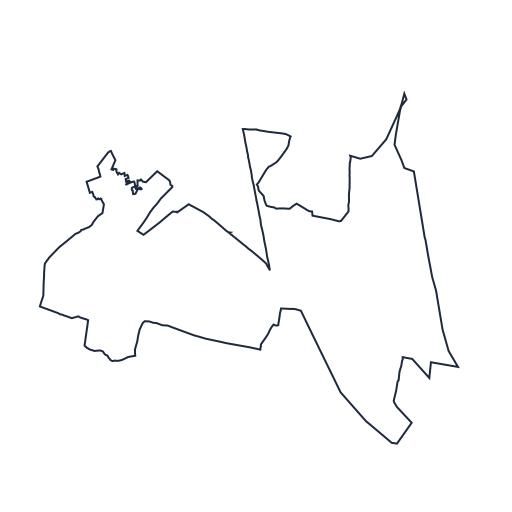 outline of Ixhuatán, Chiapas, Mexico, rotated 5°
{"feature_id": "50627088B63590301456698", "entity_name": "Ixhuatán", "entity_type": "district", "adm_level": 2, "iso_a3": "MEX", "parent_name": "Mexico", "parent_adm1": "Chiapas", "projection": "robinson", "projection_center": [-92.999, 17.305], "detail": "fine", "context": "isolated", "style": "outline", "palette": "slate", "viewbox_px": 512, "rotation_deg": 5, "n_neighbors": 0, "source": "geoboundaries", "source_scale": "gbopen_adm2", "svg_char_len": 6014}
<svg xmlns="http://www.w3.org/2000/svg" viewBox="0 0 512 512"><g transform="rotate(5 256 256)"><path d="M45.1,325.1L63.6,330.1L64.7,330.5L65.6,331.0L66.2,331.3L67.8,331.2L69.9,332.0L72.3,332.5L77.9,334.0L84.4,331.6L86.2,332.6L90.8,333.6L92.2,333.8L93.7,334.4L94.4,334.6L93.0,360.2L93.1,360.3L94.1,361.2L94.5,361.3L95.2,361.9L95.6,362.4L96.4,362.5L97.7,363.3L98.9,363.7L100.6,364.0L103.4,364.7L105.0,364.3L106.7,364.1L108.4,363.7L109.9,363.9L111.3,364.2L112.0,364.7L113.7,366.8L114.9,367.7L116.3,368.0L117.2,368.8L117.6,369.5L117.7,369.9L118.4,370.5L119.2,371.3L120.2,372.4L121.8,373.1L123.1,373.1L124.5,372.4L125.7,372.6L128.6,372.3L132.0,371.0L135.5,368.9L137.0,368.0L138.3,367.5L144.4,365.9L144.2,364.9L143.9,362.8L143.6,359.5L145.1,351.7L145.6,345.4L146.5,339.5L148.9,332.8L150.8,330.7L155.3,330.5L159.6,331.5L162.8,331.5L165.6,332.3L168.4,333.1L170.5,333.1L174.0,333.0L180.4,334.8L201.0,340.4L206.5,341.4L212.8,342.7L227.4,344.5L234.0,345.4L248.6,346.7L257.6,347.5L268.5,348.9L268.5,348.2L268.5,346.5L268.7,346.0L268.6,344.2L268.6,343.7L269.5,342.1L270.1,341.0L272.4,337.1L274.5,333.3L275.1,331.8L276.0,329.3L276.2,328.6L277.1,326.7L277.6,325.7L279.4,322.8L280.8,323.3L282.7,323.5L284.2,323.0L284.2,321.3L284.4,319.8L284.5,317.9L284.7,314.7L284.8,313.3L284.8,312.8L284.8,311.3L285.2,308.8L285.3,308.6L285.5,306.1L293.2,305.8L295.5,305.7L297.7,305.5L299.8,305.5L305.5,306.6L314.9,322.4L329.6,346.9L352.2,384.5L379.8,410.8L407.5,430.3L412.8,430.6L425.6,408.6L425.3,408.3L409.1,393.7L408.8,393.0L406.6,390.1L405.8,388.3L406.9,380.9L407.3,378.7L408.0,369.0L408.5,367.8L408.9,367.5L409.0,359.8L409.2,357.9L410.4,352.1L410.6,348.3L411.2,346.1L410.9,344.0L420.6,344.9L439.3,362.4L439.3,361.1L439.3,358.5L439.4,355.9L439.5,349.1L439.5,346.6L466.9,348.9L456.2,333.9L448.3,313.1L438.3,274.5L433.4,261.8L427.3,240.0L423.4,225.1L422.4,222.7L405.9,158.0L396.1,155.4L392.6,147.9L384.3,133.1L384.7,123.3L386.8,98.5L387.7,94.1L392.3,87.0L389.6,81.4L388.1,90.6L387.2,94.3L387.3,94.3L386.0,99.1L375.5,128.7L375.3,128.8L362.7,146.3L351.4,150.0L341.1,147.9L341.8,149.7L341.6,154.4L341.4,154.5L341.4,155.3L341.3,156.1L341.5,157.6L341.5,160.2L342.1,165.5L342.1,168.3L342.4,168.9L342.7,172.6L343.0,175.7L342.9,176.1L343.3,179.2L343.2,186.3L343.5,189.6L343.8,192.3L343.9,194.2L343.5,197.3L344.1,200.8L344.2,203.7L340.5,209.3L337.6,213.7L335.7,214.2L330.7,213.4L327.2,212.8L308.8,210.9L308.2,207.8L307.9,206.7L305.1,206.8L299.6,204.1L299.1,203.8L291.9,200.3L288.4,203.1L285.4,206.0L280.8,206.2L279.2,206.2L274.2,206.7L272.1,207.1L269.8,206.0L267.8,205.9L267.4,205.9L262.5,205.1L261.5,203.9L259.7,200.2L258.3,195.4L253.3,190.9L252.5,189.1L252.2,187.3L252.0,186.6L250.6,184.8L251.2,183.9L252.2,182.5L257.9,170.8L259.1,168.6L261.0,165.9L262.4,165.3L268.2,160.8L270.2,158.2L270.8,157.2L272.3,154.9L277.2,146.7L278.3,144.0L278.7,143.0L279.0,138.8L279.2,137.4L279.7,135.0L280.1,133.9L275.4,132.0L274.3,131.9L273.5,131.7L273.4,131.7L272.1,131.7L270.9,131.6L257.0,131.2L252.7,130.8L248.3,130.6L247.6,130.3L245.6,130.1L245.5,129.9L240.5,130.4L237.2,130.6L236.1,130.6L235.0,130.5L233.5,130.5L231.8,130.7L233.5,136.0L234.3,139.0L235.4,143.4L237.2,149.2L237.9,152.2L239.3,156.4L239.5,158.4L240.2,160.1L240.5,161.2L240.6,161.5L240.8,162.3L241.1,163.4L241.4,164.2L241.6,165.3L241.7,165.7L241.8,166.0L242.2,167.1L242.2,167.6L243.4,170.8L244.2,174.1L244.6,175.3L245.0,177.9L245.7,180.1L245.8,180.7L247.3,185.0L247.8,186.4L247.9,187.1L251.7,200.6L251.6,200.9L252.4,202.6L252.4,202.9L254.6,210.6L256.1,216.2L257.1,218.9L257.2,219.4L258.2,224.5L259.8,229.1L260.5,231.3L261.5,234.5L261.6,234.9L262.1,236.8L262.6,239.0L262.7,239.3L263.2,241.3L263.7,242.8L264.4,245.1L265.3,248.1L266.9,254.6L266.9,254.9L269.8,263.9L270.3,266.2L271.1,269.1L267.9,264.4L266.7,262.6L265.5,261.6L260.6,258.0L259.6,257.3L259.3,257.1L256.7,255.2L254.9,254.0L253.8,253.2L250.4,250.9L249.3,250.3L247.0,248.8L245.9,247.9L245.1,247.3L241.2,244.8L237.6,242.3L235.3,240.8L235.2,240.7L234.2,240.0L232.2,238.7L230.7,237.7L230.1,237.1L229.3,236.9L229.2,236.7L228.2,236.0L227.2,235.3L227.9,234.9L227.4,234.9L225.8,234.4L225.3,234.2L223.1,232.7L222.4,232.2L218.2,229.1L213.9,226.0L211.4,224.3L210.5,223.6L210.4,223.5L209.3,223.2L208.9,222.9L208.7,222.7L205.8,220.5L199.9,217.0L188.1,211.9L187.4,211.7L184.5,210.3L173.7,219.4L173.2,218.8L172.4,219.0L170.0,219.0L169.1,219.0L163.9,224.1L161.1,226.9L160.1,227.9L159.4,228.6L157.3,230.8L142.1,244.7L135.7,241.3L137.4,238.4L138.8,236.2L139.6,234.8L140.9,232.7L142.4,230.1L142.6,229.6L143.6,228.0L146.9,221.1L147.6,220.2L147.9,219.7L148.5,218.7L149.3,217.4L150.1,216.2L151.5,214.4L152.3,213.3L153.6,211.4L153.8,211.1L156.1,207.2L166.7,194.5L166.4,193.5L164.6,192.5L164.0,189.9L163.1,188.2L150.2,180.2L139.9,192.1L136.8,191.8L134.7,189.8L133.8,191.0L131.4,191.0L131.8,195.5L131.3,196.6L131.6,196.7L130.6,197.7L130.1,198.9L130.6,199.7L131.3,199.6L134.4,197.8L135.4,198.3L136.2,199.3L135.9,199.6L132.5,199.4L130.5,204.5L128.3,205.1L127.4,201.5L126.6,201.1L126.4,199.8L126.4,199.0L128.5,197.6L129.7,197.2L128.4,192.9L127.9,192.4L126.4,193.0L125.1,193.5L119.8,196.5L123.6,192.5L123.0,192.0L120.1,193.2L119.5,190.7L122.2,189.4L121.5,187.3L120.7,186.4L118.3,187.7L117.6,184.8L114.6,186.4L112.3,185.1L111.4,186.7L109.5,183.9L109.5,181.9L108.9,181.6L108.5,181.7L106.5,181.4L106.2,182.7L104.5,182.3L107.6,172.8L104.2,167.4L102.3,164.0L101.1,164.5L99.4,166.1L90.2,180.6L90.4,180.9L91.7,183.5L92.3,185.8L92.6,186.4L92.9,187.1L93.4,188.5L94.1,190.4L92.4,191.3L84.6,195.0L80.8,196.8L85.0,207.5L87.2,206.4L88.6,208.9L88.7,209.7L89.2,211.0L89.4,211.1L90.3,211.3L91.1,212.5L91.9,213.1L92.0,213.5L92.3,213.5L93.2,213.3L93.8,212.4L94.9,213.1L96.3,212.3L96.9,212.5L97.0,213.3L100.0,217.8L99.3,226.6L95.0,230.2L90.7,236.9L90.0,238.8L89.5,239.6L87.2,241.7L84.2,243.2L81.8,244.6L79.6,245.3L79.2,246.5L77.2,248.2L74.2,249.7L68.7,255.2L64.9,258.9L59.3,264.3L58.9,264.8L58.2,265.6L50.0,275.7L49.5,276.7L46.4,281.8L46.2,284.7L46.3,286.2L46.4,291.7L46.6,293.6L46.8,301.1L47.6,314.0L46.0,320.8L45.3,324.1L45.1,325.1Z" fill="none" stroke="#1e293b" stroke-width="2"/></g></svg>